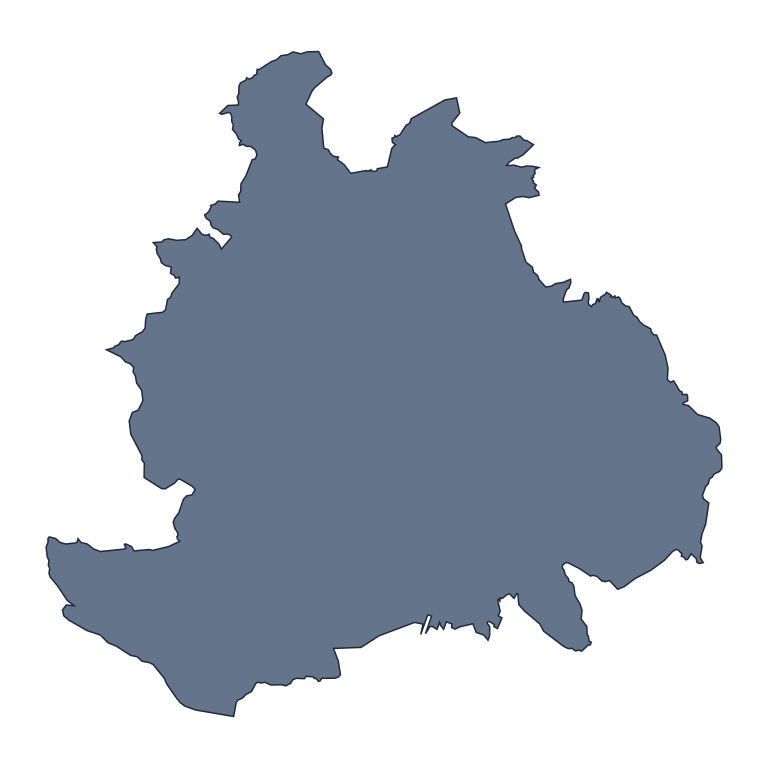 Aquixtla, Puebla, Mexico
{"feature_id": "50627088B80645890031295", "entity_name": "Aquixtla", "entity_type": "district", "adm_level": 2, "iso_a3": "MEX", "parent_name": "Mexico", "parent_adm1": "Puebla", "projection": "albers", "projection_center": [-97.929, 19.78], "detail": "fine", "context": "isolated", "style": "filled", "palette": "slate", "viewbox_px": 768, "rotation_deg": 0, "n_neighbors": 0, "source": "geoboundaries", "source_scale": "gbopen_adm2", "svg_char_len": 6076}
<svg xmlns="http://www.w3.org/2000/svg" viewBox="0 0 768 768"><path d="M456.5,97.8L444.8,100.0L411.3,118.6L409.6,123.4L406.2,125.1L400.1,134.6L396.3,136.6L394.9,135.5L394.7,137.2L392.0,138.2L392.4,142.3L395.3,144.7L391.8,148.4L387.4,166.9L377.3,168.7L377.4,169.9L375.7,171.4L371.1,170.9L370.9,169.8L367.3,171.4L366.6,170.5L350.7,173.3L344.3,164.8L337.4,159.7L338.5,157.1L333.4,156.3L330.1,153.1L328.3,149.6L323.8,148.2L321.9,128.3L323.5,118.9L305.9,104.2L312.0,91.2L314.9,87.5L326.8,77.3L330.9,74.9L331.9,73.1L330.6,69.4L325.7,65.1L318.6,51.5L307.0,51.9L300.7,53.8L293.1,51.9L287.8,54.7L281.0,55.7L276.6,59.7L271.4,61.6L259.0,69.6L257.2,69.3L256.6,74.4L254.2,75.3L252.7,77.4L249.5,79.1L246.6,77.8L246.1,79.9L240.4,83.0L238.9,86.3L238.8,93.8L237.2,96.9L238.6,102.2L238.3,105.0L227.8,105.5L219.6,113.4L222.0,114.3L228.3,112.4L230.0,112.8L231.7,115.9L231.8,121.7L233.3,124.7L232.5,129.6L236.4,133.9L238.7,139.1L241.4,140.8L239.6,142.8L239.4,145.5L243.1,144.3L246.2,146.2L250.8,146.5L255.5,150.2L256.9,154.9L255.3,158.9L252.2,159.7L245.9,175.8L241.0,183.8L240.7,191.4L238.5,195.0L239.6,202.3L217.9,201.1L215.3,204.0L210.6,205.5L211.1,206.8L208.6,211.9L204.6,214.9L205.9,218.0L210.3,221.3L211.1,225.3L213.1,227.8L217.8,229.4L223.3,234.2L227.9,234.2L230.8,235.4L231.5,237.3L221.4,249.1L218.9,244.1L213.4,238.5L209.8,237.0L209.2,234.2L206.3,235.3L202.1,234.4L197.1,228.3L192.1,235.5L185.7,239.7L176.6,240.3L168.8,238.8L163.9,239.8L162.0,241.9L153.3,242.6L157.0,246.8L156.3,248.7L157.0,253.2L160.5,259.1L161.3,262.6L165.3,265.5L171.2,267.0L170.5,273.3L174.0,275.2L175.8,278.2L179.3,277.1L179.1,283.8L172.1,292.8L170.5,297.5L167.5,299.4L165.6,309.8L162.5,312.3L147.3,314.0L145.7,319.0L145.1,328.1L142.4,331.8L135.5,335.6L134.2,338.2L131.8,340.0L124.5,341.6L121.5,341.1L118.5,344.8L114.6,346.3L114.1,347.7L106.5,349.8L120.9,356.8L125.6,362.0L129.8,363.5L133.7,367.4L133.1,372.0L135.4,375.9L136.6,383.1L141.7,390.4L142.9,400.6L138.3,410.0L132.4,412.5L129.2,421.0L130.8,434.3L142.1,455.9L141.8,459.8L144.3,463.0L144.1,477.5L161.4,488.5L165.1,488.9L174.4,483.2L178.2,479.1L179.9,479.1L192.0,486.1L195.2,489.4L192.1,494.8L186.4,496.0L183.3,499.5L178.9,512.6L174.6,518.5L173.2,522.2L174.9,528.7L177.2,531.8L178.1,535.3L176.9,536.6L177.4,538.9L179.7,541.3L168.9,546.5L152.6,550.4L149.3,549.5L133.9,550.9L131.6,546.6L125.8,543.9L124.3,544.4L125.9,548.1L123.8,549.1L100.4,551.5L93.7,549.0L87.2,544.0L81.2,542.6L78.0,538.7L77.1,542.0L75.9,542.9L65.8,544.0L60.3,542.6L55.6,538.5L49.3,536.9L48.0,538.4L48.0,542.5L46.1,547.2L47.2,556.6L49.0,560.7L48.3,565.1L49.7,568.3L49.0,573.4L50.3,577.1L57.6,585.9L67.2,600.4L74.2,605.8L66.3,605.0L62.5,609.9L63.7,615.7L68.7,620.1L86.9,630.5L100.3,635.0L108.1,642.8L116.7,646.4L130.6,655.4L137.2,656.8L142.0,661.2L149.3,662.6L153.1,664.5L164.1,678.0L167.0,684.4L176.3,697.8L180.2,702.6L185.0,706.2L196.0,710.1L233.6,716.5L236.3,702.3L238.0,700.1L242.7,697.9L245.8,694.6L251.6,691.4L255.8,683.5L258.0,682.1L260.4,683.0L264.9,682.3L270.8,685.0L281.3,684.8L285.8,685.8L290.8,683.2L292.6,679.9L296.2,678.3L304.4,678.7L306.3,676.3L313.4,676.9L314.1,678.4L316.4,678.6L318.3,681.3L320.1,680.9L321.7,678.3L335.4,678.2L338.9,676.7L340.5,674.6L338.2,660.7L333.5,648.4L361.0,647.4L379.0,635.8L414.6,622.4L423.1,624.1L420.7,634.5L427.8,614.7L431.5,616.1L425.5,633.7L429.8,626.7L432.2,626.4L437.0,629.4L439.6,622.4L440.5,625.3L443.6,629.3L446.4,621.8L451.9,624.0L451.6,627.6L455.0,629.1L460.2,626.7L472.9,623.8L476.2,632.4L483.7,635.0L488.0,640.2L489.6,635.9L489.8,630.1L489.6,626.3L487.3,623.5L487.4,622.0L489.2,621.4L494.5,624.7L493.8,626.5L497.4,628.6L502.0,617.9L498.3,615.8L500.2,611.1L497.7,600.2L498.7,599.2L499.9,601.0L500.2,597.8L502.4,598.4L507.2,594.5L509.6,593.8L514.0,598.4L516.8,593.6L517.9,594.1L518.8,604.7L524.8,611.3L539.7,623.8L543.6,631.1L563.5,646.3L568.2,648.6L571.9,648.4L575.5,650.9L578.6,650.2L581.7,651.1L588.3,645.0L590.2,645.0L591.3,642.2L589.3,641.3L588.2,635.8L587.2,635.3L586.8,626.4L581.2,619.2L582.0,610.3L580.2,604.5L575.1,595.5L573.8,586.1L572.1,582.9L568.9,581.6L568.6,578.9L565.1,574.5L564.1,570.3L562.2,567.6L562.9,564.8L566.0,562.6L567.9,562.7L579.3,568.5L590.7,576.1L592.6,575.3L597.0,576.3L602.2,581.3L603.7,580.8L604.8,581.8L609.6,580.6L617.7,589.3L624.3,586.6L635.1,578.5L650.6,570.4L664.2,560.5L672.4,551.7L675.7,549.5L678.3,550.1L681.7,553.7L681.4,556.2L683.4,556.9L685.9,559.8L687.6,559.3L691.1,553.9L696.2,558.4L697.0,562.5L699.7,563.5L703.2,562.6L700.2,557.5L702.1,546.1L700.5,542.0L702.1,533.6L705.6,524.3L708.8,503.0L703.4,498.7L702.5,495.4L705.6,486.7L708.3,483.7L709.6,478.6L712.1,477.2L714.0,474.1L719.7,471.3L721.9,468.1L721.5,454.9L716.5,448.7L716.3,447.0L720.1,443.2L720.7,439.5L719.1,426.9L716.2,422.6L709.7,418.1L697.7,414.6L688.4,405.5L683.0,404.4L683.2,403.0L687.7,400.8L687.6,396.0L686.8,394.4L682.3,394.5L682.0,392.0L679.6,390.8L673.7,380.8L670.6,382.4L667.3,379.5L668.0,368.4L665.3,355.3L656.6,335.0L653.9,335.0L651.2,331.7L650.7,328.8L643.8,325.2L639.9,321.8L636.9,317.1L633.8,315.4L629.2,306.6L625.7,306.0L621.7,302.7L620.2,298.5L618.4,296.9L615.3,297.9L614.9,295.9L612.2,297.5L610.6,296.7L611.4,295.7L610.4,294.6L606.4,292.3L605.4,294.1L600.4,297.4L599.4,301.7L598.4,301.3L598.2,299.0L597.1,298.8L595.3,303.8L593.1,304.3L591.3,306.5L589.0,304.6L588.1,302.1L589.0,298.8L588.5,292.9L585.3,292.4L584.2,293.4L581.8,300.1L563.5,302.1L563.2,299.1L566.0,291.2L567.1,289.1L568.7,288.4L570.8,282.8L570.5,279.3L563.2,282.4L555.3,283.6L551.6,286.1L545.7,287.0L539.0,279.5L537.6,275.5L533.5,272.1L532.4,267.1L526.0,262.2L521.4,248.2L521.5,246.1L514.6,231.2L505.5,204.0L515.8,197.4L523.0,196.5L529.1,197.7L539.1,195.2L538.4,191.7L534.5,188.4L536.3,185.0L533.2,182.6L533.6,181.5L531.5,178.2L533.6,177.5L533.2,175.8L535.1,173.4L534.6,169.7L538.8,167.5L532.6,166.3L526.5,166.0L521.4,167.2L514.2,165.2L506.5,165.5L508.7,162.7L515.2,158.0L517.4,158.1L523.3,154.7L533.5,144.7L526.5,140.4L524.3,140.4L519.8,136.0L516.7,136.1L515.2,137.5L512.1,137.6L509.8,139.1L502.5,139.7L500.0,141.1L485.3,142.6L475.7,137.6L468.3,136.8L451.9,125.6L452.1,122.8L459.8,113.0L456.5,97.8Z" fill="#64748b" stroke="#1e293b" stroke-width="1.5"/></svg>